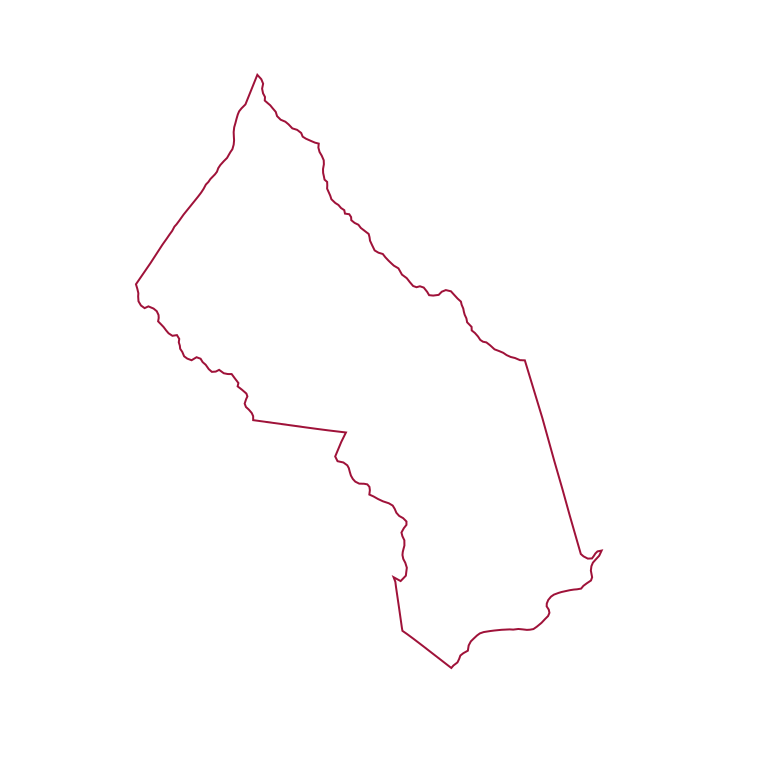 the district of Amontada, Ceará, Brazil, rotated 113°
{"feature_id": "56859067B90853545828337", "entity_name": "Amontada", "entity_type": "district", "adm_level": 2, "iso_a3": "BRA", "parent_name": "Brazil", "parent_adm1": "Ceará", "projection": "natural_earth1", "projection_center": [-39.792, -3.231], "detail": "fine", "context": "isolated", "style": "outline", "palette": "rose", "viewbox_px": 768, "rotation_deg": 113, "n_neighbors": 0, "source": "geoboundaries", "source_scale": "gbopen_adm2", "svg_char_len": 3850}
<svg xmlns="http://www.w3.org/2000/svg" viewBox="0 0 768 768"><g transform="rotate(113 384 384)"><path d="M241.3,482.3L242.4,486.5L239.5,488.5L238.8,492.3L237.0,495.9L236.4,499.6L234.5,504.6L231.6,507.1L228.9,510.0L226.4,512.7L223.4,513.8L220.2,515.3L219.1,518.6L216.3,520.5L213.5,522.5L210.0,524.1L205.2,525.2L201.6,526.9L198.1,530.6L195.6,534.0L192.0,536.8L188.2,538.0L188.8,541.8L188.8,546.1L188.7,551.7L188.1,555.5L185.3,558.3L184.0,563.3L184.5,568.3L182.3,573.3L181.1,577.3L181.1,582.4L179.2,587.1L175.8,590.0L173.5,594.6L171.9,597.6L170.9,600.8L169.7,604.5L166.3,605.7L163.7,608.9L159.8,611.6L154.8,612.6L151.4,616.0L148.9,621.4L180.8,620.8L186.0,622.9L189.6,623.9L193.0,623.9L197.3,623.4L202.0,622.7L206.2,622.2L210.9,620.8L215.1,618.8L218.3,617.2L222.4,615.9L227.1,615.3L230.5,616.0L233.8,616.4L237.2,616.8L241.4,618.5L246.3,620.2L250.0,620.9L253.9,620.7L257.0,621.5L260.1,622.7L263.2,623.9L266.7,624.6L270.0,625.9L274.7,626.3L279.2,627.1L284.3,628.4L306.4,634.7L313.7,636.3L318.2,637.4L321.0,638.4L325.8,638.8L330.1,639.8L335.1,640.8L339.6,641.8L342.4,642.4L364.0,646.2L389.1,651.3L392.7,648.3L396.4,645.6L399.5,644.5L403.8,642.3L406.7,638.4L407.7,634.0L404.6,631.2L404.6,625.6L405.8,621.6L408.6,618.5L411.2,617.2L414.6,616.4L416.3,612.3L417.7,609.1L419.8,605.5L421.5,602.1L422.3,597.6L419.9,593.7L422.5,590.1L425.8,589.2L428.5,586.9L431.2,585.4L433.3,582.2L436.6,578.8L437.5,575.0L437.3,570.4L432.6,567.0L432.4,562.7L434.7,559.5L436.0,555.6L438.8,551.1L440.1,547.2L438.3,543.7L435.4,541.3L436.7,535.7L435.9,531.8L434.4,528.1L437.1,523.5L440.0,518.4L443.4,517.8L444.8,512.4L446.6,506.9L448.8,504.9L451.9,505.0L456.5,504.6L459.1,502.1L460.4,498.4L462.4,494.4L464.7,491.9L468.4,490.3L454.5,439.0L451.4,427.7L448.5,417.3L443.5,400.1L454.0,400.7L469.8,400.6L473.2,396.6L472.1,390.7L473.2,386.0L475.2,383.5L478.2,381.2L481.2,378.7L483.6,375.6L485.1,372.3L485.4,367.9L483.6,363.3L482.9,360.1L484.4,357.2L487.3,355.5L491.5,354.3L491.6,349.7L492.2,344.6L492.4,339.1L491.9,333.0L492.5,328.5L494.8,325.3L497.7,322.3L499.5,318.5L500.0,314.0L501.8,309.6L504.9,308.3L508.9,309.4L513.9,309.9L516.9,307.6L519.9,304.2L524.7,302.1L528.2,301.6L531.3,301.1L534.2,300.2L537.5,297.9L540.3,294.5L544.2,291.2L548.1,290.1L551.9,289.0L556.1,290.6L558.9,291.7L558.1,299.7L561.6,296.3L565.9,293.8L584.3,282.6L601.2,272.4L604.0,270.6L605.2,264.9L607.0,257.4L609.7,246.8L619.1,211.1L616.0,210.1L611.6,207.6L607.8,207.4L604.1,207.6L600.8,205.8L596.7,202.6L591.6,203.9L587.0,203.5L583.6,202.1L579.1,200.1L576.1,198.3L573.4,195.3L569.9,189.7L567.8,186.1L564.4,179.9L560.8,172.5L559.6,169.1L557.0,164.6L555.7,160.5L554.5,156.4L553.1,153.6L551.2,150.7L547.7,148.5L542.3,145.7L537.4,143.9L533.5,142.3L530.0,142.3L527.3,144.2L525.1,147.4L522.4,148.4L518.5,148.4L514.5,147.2L511.5,145.3L508.2,141.8L506.1,139.3L501.2,132.4L499.1,129.0L497.5,126.0L495.3,122.6L491.9,121.6L488.3,119.5L484.0,116.7L480.6,116.9L477.9,118.7L474.9,120.7L470.6,121.9L466.8,121.9L462.7,120.5L458.0,118.8L452.3,118.6L454.7,122.1L457.4,123.2L460.4,123.7L463.3,124.4L465.1,128.2L464.7,133.0L463.6,136.4L432.4,161.7L410.9,178.8L388.4,197.1L353.5,224.9L307.2,263.6L308.9,268.1L308.9,273.6L309.6,277.9L309.5,282.4L308.7,286.4L308.7,290.8L308.9,295.8L306.9,301.5L305.7,306.0L306.4,309.4L305.8,312.6L303.5,316.1L301.5,320.3L300.4,324.2L297.2,325.7L294.7,331.6L291.4,333.8L288.7,336.8L286.3,338.7L283.6,340.5L280.7,343.5L278.1,345.4L276.6,349.7L274.5,354.3L272.5,358.6L273.4,363.8L276.5,366.9L280.6,368.5L283.4,373.3L284.6,377.2L282.3,380.3L279.7,385.1L280.0,389.1L282.2,391.9L282.4,395.5L280.1,400.1L277.7,404.4L276.3,410.2L271.9,415.9L271.2,421.2L270.1,424.3L268.7,428.0L266.8,432.3L264.8,435.9L265.3,440.4L264.7,444.8L260.5,449.6L257.5,452.9L254.5,454.7L251.9,456.7L250.6,461.7L249.4,466.3L247.4,469.8L247.2,474.0L246.0,478.1L243.2,479.5L241.3,482.3Z" fill="none" stroke="#9f1239" stroke-width="2"/></g></svg>